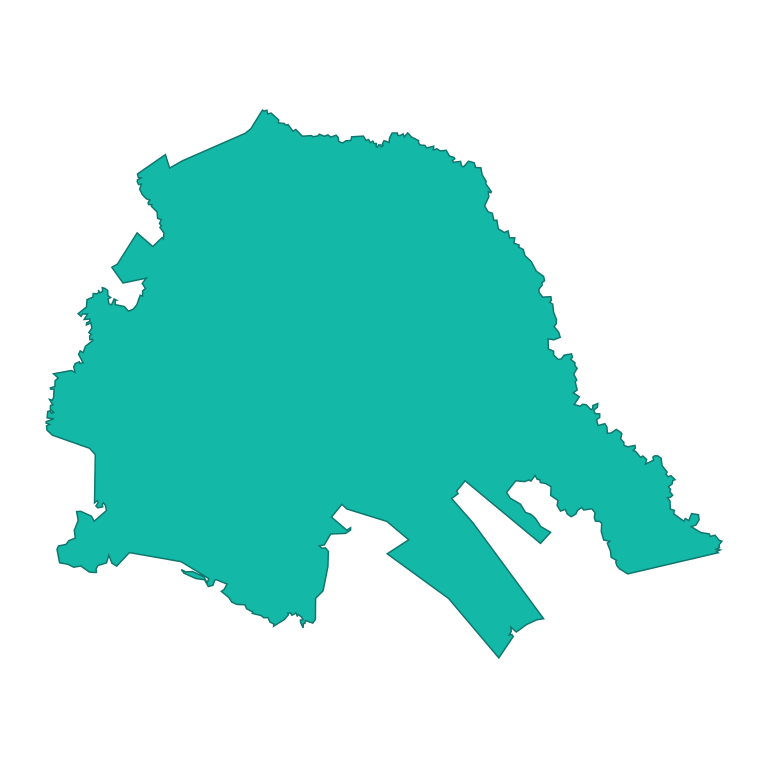 Acatlán de Pérez Figueroa, Oaxaca, Mexico
{"feature_id": "50627088B62934424626213", "entity_name": "Acatlán de Pérez Figueroa", "entity_type": "district", "adm_level": 2, "iso_a3": "MEX", "parent_name": "Mexico", "parent_adm1": "Oaxaca", "projection": "albers", "projection_center": [-96.481, 18.451], "detail": "fine", "context": "isolated", "style": "filled", "palette": "teal", "viewbox_px": 768, "rotation_deg": 0, "n_neighbors": 0, "source": "geoboundaries", "source_scale": "gbopen_adm2", "svg_char_len": 6033}
<svg xmlns="http://www.w3.org/2000/svg" viewBox="0 0 768 768"><path d="M718.2,552.7L716.5,551.4L720.1,549.9L716.3,549.0L719.5,547.6L719.1,544.7L721.9,541.2L719.2,540.4L715.0,535.2L710.3,536.4L709.3,533.9L700.9,532.6L691.3,526.7L696.0,524.9L699.1,519.7L698.4,514.7L691.6,513.6L688.8,520.6L685.3,518.5L683.8,521.2L673.7,513.8L674.3,510.4L670.3,509.1L670.0,501.0L667.4,497.6L670.4,497.4L672.7,495.2L669.7,491.7L670.6,489.4L668.4,486.7L672.1,484.0L672.7,480.6L675.0,479.7L671.0,475.7L668.1,476.7L665.9,474.2L667.1,472.1L662.0,465.5L661.2,458.3L657.8,455.9L654.7,455.8L652.9,457.1L653.5,460.2L645.4,464.1L646.6,459.4L642.8,456.0L640.5,457.4L635.6,451.4L633.3,450.6L635.3,448.1L635.0,445.4L627.8,446.8L624.0,445.4L623.8,442.2L620.7,439.1L621.8,433.6L620.5,432.2L616.3,429.4L611.1,433.0L607.3,433.2L607.0,427.3L604.9,423.7L598.0,425.5L596.6,419.5L599.7,417.6L599.7,413.9L595.3,413.7L593.7,410.3L597.5,407.1L597.8,403.5L592.9,405.5L592.7,408.5L591.0,409.7L586.1,404.7L582.7,404.3L580.0,406.2L574.3,404.5L579.3,396.8L573.3,392.8L577.2,390.0L575.2,381.9L576.8,380.0L573.7,374.2L577.1,368.3L574.9,365.5L575.0,362.8L570.9,359.5L572.4,357.1L571.5,353.9L564.1,355.2L561.3,358.9L558.1,359.4L553.6,354.9L553.6,351.2L548.4,349.0L548.1,338.9L553.8,339.8L560.2,337.3L558.7,332.3L554.1,326.5L556.3,323.5L556.5,319.6L553.6,312.3L552.7,304.1L549.6,302.2L551.4,300.4L550.9,296.7L542.6,297.1L539.0,292.2L539.0,289.1L542.2,285.1L542.0,282.6L544.5,280.8L543.6,276.4L536.3,271.2L531.3,261.6L525.0,255.7L523.2,249.4L518.9,247.3L519.1,245.0L513.9,243.2L514.8,237.8L509.6,237.9L508.0,230.9L504.3,232.5L498.3,228.8L496.9,220.2L493.9,220.4L492.3,213.3L488.1,211.8L484.6,205.9L488.8,196.7L488.3,191.6L490.9,192.7L491.4,191.7L485.7,183.7L486.2,181.4L482.1,174.6L480.9,167.8L475.6,167.5L474.2,162.8L468.5,161.2L463.6,166.8L461.5,165.9L460.6,161.4L453.2,162.3L452.5,160.6L454.8,158.8L454.2,157.5L449.4,156.0L446.2,150.3L440.2,150.9L436.9,148.8L433.4,150.0L433.7,146.2L426.6,147.9L424.9,145.4L420.6,145.1L418.7,143.4L418.5,140.6L411.6,137.1L407.7,132.9L404.2,136.9L403.1,133.9L399.9,135.6L397.7,135.2L397.4,133.0L392.1,133.0L389.5,138.0L389.2,142.4L384.0,140.7L382.3,144.2L383.1,145.6L381.1,146.7L380.8,145.0L378.6,144.9L377.4,147.3L376.1,146.6L376.4,143.6L374.0,143.4L372.8,141.1L370.3,142.7L368.6,139.5L366.1,140.6L363.4,136.1L351.6,136.8L351.0,140.4L345.9,140.8L342.5,143.0L338.7,141.4L338.2,137.5L336.1,135.2L330.8,137.1L327.9,134.8L324.4,136.3L319.3,134.2L317.6,136.0L313.0,136.7L311.5,135.6L302.3,136.2L295.8,129.5L292.9,131.2L288.1,124.6L285.4,125.2L284.4,123.5L278.4,122.9L278.7,120.0L271.2,113.1L267.6,113.8L266.9,110.2L264.1,111.1L262.4,110.1L250.8,128.8L245.2,133.3L182.4,160.8L169.6,168.1L165.4,154.6L137.5,173.9L138.3,177.4L141.1,178.0L137.5,179.8L137.2,181.5L138.6,184.6L141.5,184.2L139.6,189.1L142.4,194.7L146.3,198.8L149.9,200.0L148.1,202.5L148.6,204.6L151.9,204.6L151.4,206.3L157.1,212.0L157.6,218.5L161.3,219.6L159.5,223.5L161.3,225.6L159.9,227.4L164.0,233.1L163.2,238.9L162.0,237.7L152.8,246.5L137.1,232.9L117.4,264.1L111.8,267.3L123.0,283.0L146.2,278.2L142.2,283.4L145.5,288.6L142.6,290.8L142.6,296.1L140.2,295.2L136.8,304.8L133.3,309.1L128.5,311.2L124.3,306.5L115.2,304.6L115.2,300.2L116.3,300.1L114.1,299.0L111.5,304.9L108.9,303.7L108.1,298.8L110.6,297.5L107.9,295.5L107.7,290.5L105.1,288.5L102.3,287.6L102.6,291.3L100.3,292.7L98.1,290.1L99.2,292.1L97.0,293.8L93.2,293.5L92.9,297.1L87.0,299.7L86.5,306.9L78.1,313.7L81.1,316.3L82.6,314.0L87.5,314.1L84.1,319.5L89.9,319.0L89.7,321.3L86.7,322.8L86.4,325.0L90.9,322.9L91.9,328.1L88.8,332.5L91.3,334.4L89.6,336.0L89.9,339.8L92.3,339.3L92.8,340.5L85.5,346.2L83.1,352.6L80.2,350.9L78.6,354.4L83.1,362.9L79.9,363.4L79.3,361.8L75.2,363.6L73.7,366.8L75.0,372.3L71.2,370.5L53.5,373.8L58.2,378.0L55.1,380.7L54.9,386.5L50.3,387.9L50.7,389.2L54.1,389.2L53.5,397.9L52.3,400.2L49.5,399.4L52.8,404.9L50.5,405.5L50.3,409.0L53.6,412.4L51.4,413.2L50.2,410.6L47.7,411.6L47.1,417.9L54.0,418.7L46.1,421.7L46.1,423.0L49.6,424.4L46.5,426.0L47.0,430.1L52.4,435.2L89.6,448.3L95.3,454.7L94.5,502.9L97.4,500.7L98.2,502.7L95.9,505.9L97.8,507.8L102.7,506.9L102.3,504.2L103.5,502.9L105.5,505.5L106.4,510.6L94.2,521.2L91.3,516.1L80.5,511.3L76.6,511.6L78.2,520.4L74.3,530.4L75.3,538.1L68.9,540.6L66.0,544.4L58.4,546.0L57.0,549.3L59.6,562.8L68.0,564.3L73.7,567.2L80.9,566.0L89.2,572.0L94.1,572.5L96.4,572.4L96.1,568.8L97.9,565.5L106.5,562.9L108.8,555.2L112.0,563.3L116.7,566.1L129.4,552.6L181.2,561.7L208.8,578.6L207.2,582.9L203.9,576.9L192.5,571.5L185.9,571.9L181.3,569.6L184.0,573.2L195.7,578.5L204.6,579.8L208.3,586.5L212.9,585.3L214.6,580.4L216.3,579.7L227.1,584.1L224.2,589.4L221.3,591.4L229.0,597.7L231.8,602.1L236.8,604.4L245.0,604.8L246.6,608.8L252.9,612.1L252.3,613.4L261.0,615.5L263.8,617.8L267.9,617.5L270.0,622.0L274.0,624.2L273.6,626.2L284.4,619.5L288.4,614.8L287.9,613.1L290.7,613.1L291.9,615.3L295.8,613.0L297.2,615.9L298.2,614.5L301.4,616.9L303.0,619.7L300.3,620.2L300.6,622.4L303.1,627.9L303.4,623.6L304.9,623.4L305.5,620.6L312.8,623.1L315.4,619.4L315.6,598.3L323.1,590.8L327.9,566.6L328.4,551.4L325.5,547.8L322.0,548.3L319.2,545.9L324.3,544.9L330.7,534.0L345.6,533.4L350.6,530.0L350.6,527.7L346.8,530.2L331.5,517.1L341.9,504.3L346.9,509.0L386.9,521.4L408.7,539.8L387.2,553.8L448.6,598.5L498.8,657.9L513.3,636.4L511.6,634.7L512.5,634.2L509.1,635.0L511.3,631.4L510.8,627.1L516.3,632.0L526.6,624.5L536.8,619.8L543.6,618.7L473.0,522.9L451.6,498.5L458.1,493.7L456.6,491.2L465.1,480.8L540.5,543.4L550.6,532.3L540.7,526.5L535.5,518.5L530.9,514.3L525.5,512.4L520.4,504.1L510.2,498.2L506.6,492.4L515.8,480.8L524.5,481.6L529.0,480.0L530.9,481.1L535.1,475.5L537.2,479.3L539.8,479.7L540.3,482.5L545.9,483.6L551.1,486.8L550.7,495.4L558.0,500.5L557.1,505.4L560.5,511.1L565.3,509.4L567.3,514.0L571.1,516.7L575.8,514.1L577.6,510.3L581.7,507.5L583.7,510.0L591.8,508.8L595.0,512.7L594.3,517.5L595.4,521.1L599.6,521.4L601.7,523.3L601.3,531.6L603.7,540.0L609.8,541.3L607.3,543.2L610.5,551.2L611.1,557.2L616.5,560.5L615.7,562.1L616.9,565.6L619.4,568.7L627.7,573.9L718.2,552.7Z" fill="#14b8a6" stroke="#0f766e" stroke-width="1.5"/></svg>